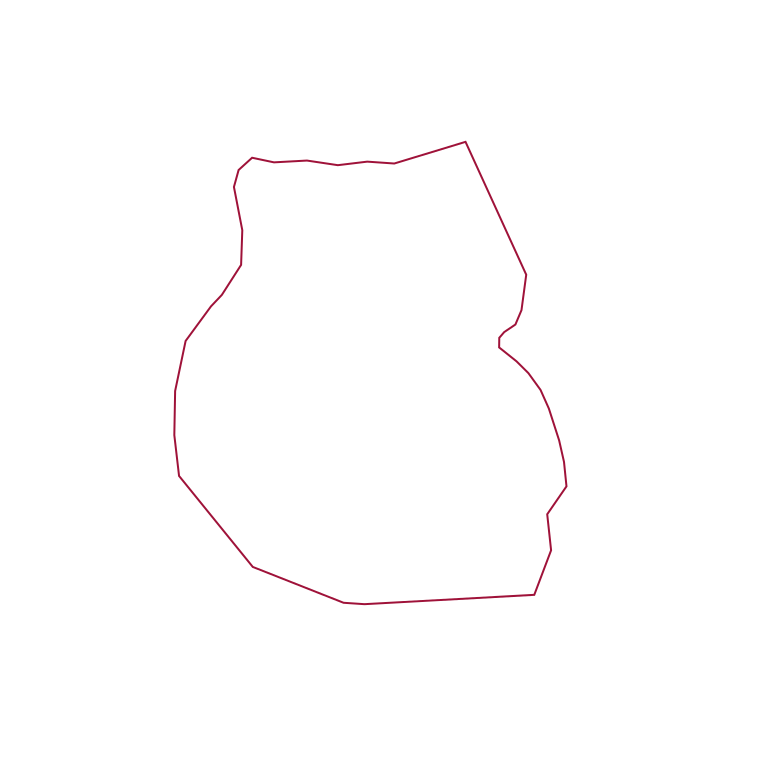 SVG path tracing the border of Mirna Pec, rotated 320°
{"feature_id": "SVN-242", "entity_name": "Mirna Pec", "entity_type": "Municipality", "adm_level": 1, "iso_a3": "SVN", "parent_name": "Slovenia", "parent_adm1": "", "projection": "orthographic", "projection_center": [15.099, 45.85], "detail": "fine", "context": "isolated", "style": "outline", "palette": "rose", "viewbox_px": 768, "rotation_deg": 320, "n_neighbors": 0, "source": "natural_earth", "source_scale": "10m", "svg_char_len": 610}
<svg xmlns="http://www.w3.org/2000/svg" viewBox="0 0 768 768"><g transform="rotate(320 384 384)"><path d="M602.1,250.9L563.2,391.7L536.8,415.8L522.9,422.9L509.5,421.5L502.0,422.7L495.7,430.0L500.1,451.9L501.6,468.5L500.1,489.2L494.5,508.8L481.9,539.8L471.8,559.4L458.0,579.7L425.3,588.7L405.1,618.8L363.6,642.1L227.5,540.1L212.4,525.6L165.9,439.8L167.9,322.7L190.5,288.4L219.5,255.1L259.7,223.5L301.4,213.3L317.1,211.5L351.1,200.9L374.3,175.1L395.7,136.6L410.2,126.6L428.4,125.9L442.2,143.5L468.6,163.3L489.3,186.7L514.1,202.9L533.6,221.7L602.1,250.9Z" fill="none" stroke="#9f1239" stroke-width="2"/></g></svg>